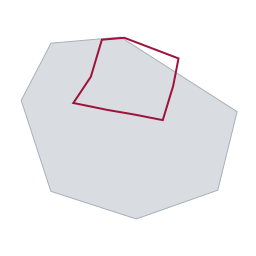 Anibare highlighted on a map of Nauru, rotated 273°
{"feature_id": "NRU-4981", "entity_name": "Anibare", "entity_type": "state/province", "adm_level": 1, "iso_a3": "NRU", "parent_name": "Nauru", "parent_adm1": "", "projection": "mercator", "projection_center": [166.944, -0.519], "detail": "fine", "context": "in_parent", "style": "outline", "palette": "rose", "viewbox_px": 256, "rotation_deg": 273, "n_neighbors": 0, "source": "natural_earth", "source_scale": "10m", "svg_char_len": 481}
<svg xmlns="http://www.w3.org/2000/svg" viewBox="0 0 256 256"><g transform="rotate(273 128 128)"><path d="M218.4,115.8L150.0,236.1L70.6,220.9L37.6,140.9L60.7,54.3L150.0,19.9L208.7,46.7L218.4,115.8Z" fill="#d9dde1" stroke="#a8b0b8" stroke-width="1"/><path d="M214.8,97.3L217.9,119.6L200.1,174.8L172.3,170.9L137.7,162.3L140.0,146.0L141.4,136.4L142.4,128.5L143.9,115.5L145.1,105.5L146.8,94.4L150.1,72.1L177.2,88.2L214.8,97.3Z" fill="none" stroke="#9f1239" stroke-width="2"/></g></svg>